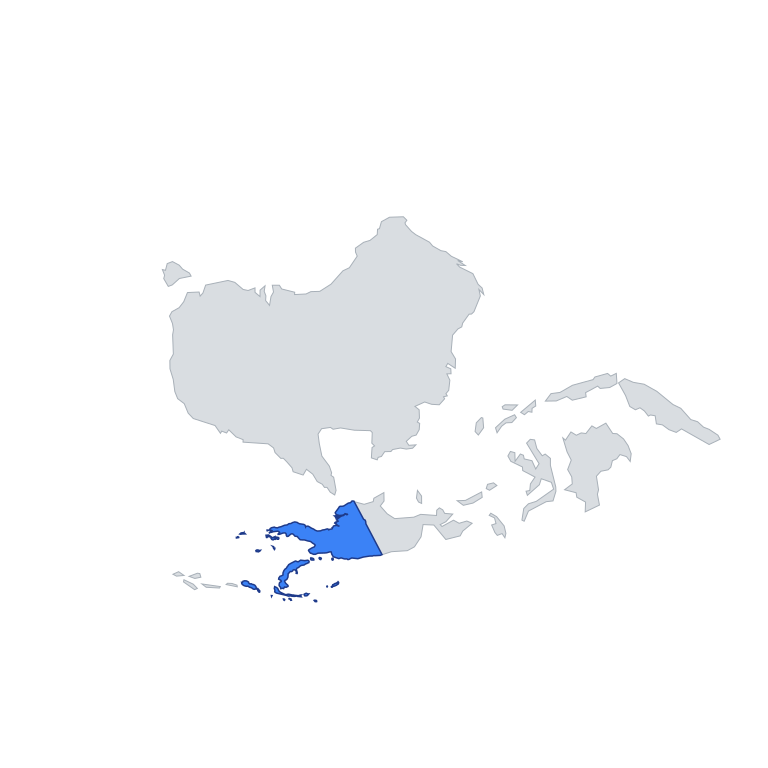 Papua New Guinea and the surrounding countries, rotated 153°
{"feature_id": "PNG", "entity_name": "Papua New Guinea", "entity_type": "country or territory", "adm_level": 0, "iso_a3": "PNG", "parent_name": "Oceania", "parent_adm1": "", "projection": "orthographic", "projection_center": [148.76, -6.492], "detail": "fine", "context": "with_neighbors", "style": "filled", "palette": "blue", "viewbox_px": 768, "rotation_deg": 153, "n_neighbors": 3, "source": "natural_earth", "source_scale": "50m", "svg_char_len": 11595}
<svg xmlns="http://www.w3.org/2000/svg" viewBox="0 0 768 768"><g transform="rotate(153 384 384)"><path d="M463.4,232.8L464.6,293.3L456.3,285.8L447.0,284.1L444.9,286.8L433.4,287.3L437.1,279.7L442.7,277.0L440.1,266.9L435.6,259.2L417.9,251.8L410.5,251.2L396.9,243.0L394.3,247.6L390.9,248.5L388.8,245.2L388.7,241.2L381.8,236.9L391.4,233.2L397.8,233.2L397.0,230.7L383.9,231.1L380.3,225.8L372.4,224.3L368.7,219.9L380.6,217.2L385.1,214.1L399.5,217.4L403.6,235.7L413.0,241.0L420.4,231.0L430.8,225.1L438.9,224.9L453.5,231.2L463.4,232.8ZM323.1,295.7L324.4,300.3L319.4,307.5L312.5,309.9L311.4,308.8L315.1,299.8L323.1,295.7ZM402.5,274.0L401.4,267.1L404.7,260.5L406.8,263.2L406.9,267.6L402.5,274.0ZM262.8,178.7L258.0,187.3L263.6,195.6L262.2,199.9L271.1,207.8L261.6,209.5L258.9,216.0L259.2,224.4L251.7,231.2L251.7,240.4L249.1,254.8L247.8,251.6L239.2,256.4L235.9,251.0L230.5,250.9L226.6,248.2L217.8,252.3L215.0,248.0L204.1,248.4L202.7,236.1L199.0,233.9L195.5,226.3L194.5,218.3L195.4,209.7L199.8,203.2L200.9,209.2L205.8,214.0L210.5,211.7L215.3,212.0L219.7,206.9L223.3,205.8L230.4,207.8L236.6,205.4L240.9,192.3L243.9,188.9L247.0,178.3L262.8,178.7ZM358.7,237.5L368.4,239.9L371.8,246.8L364.3,243.3L346.0,243.5L348.0,238.4L358.7,237.5ZM337.3,247.6L331.3,246.2L329.5,242.3L338.2,241.4L340.4,244.4L337.3,247.6ZM346.1,192.1L346.7,197.1L351.8,197.7L352.6,201.4L352.1,209.5L347.6,208.8L346.3,214.5L349.9,219.2L347.5,220.4L343.9,214.7L341.4,203.0L343.2,195.6L346.1,192.1ZM292.9,205.5L313.0,205.2L321.4,198.1L322.9,200.1L316.0,209.6L309.7,211.7L301.6,210.3L280.6,213.3L279.5,220.4L286.9,228.2L291.3,223.7L306.8,219.7L306.1,224.0L302.5,222.9L298.9,228.5L291.7,232.5L299.7,243.9L298.3,247.2L306.1,257.5L306.3,263.6L302.0,266.5L298.6,263.4L302.3,255.6L294.3,259.7L292.1,257.2L293.1,253.6L287.0,248.5L287.4,239.4L282.0,242.6L283.8,266.6L278.8,268.3L275.2,265.8L277.1,257.1L275.6,248.2L272.2,248.4L269.5,242.2L272.7,235.9L277.7,214.3L279.5,210.4L286.5,203.1L292.9,205.5ZM285.6,310.5L274.5,304.7L281.8,302.4L289.3,307.6L289.0,310.1L285.6,310.5ZM292.9,294.0L298.3,293.0L305.4,289.2L304.5,294.4L292.4,297.8L281.6,297.3L281.3,293.9L287.6,291.6L292.9,294.0ZM268.0,294.0L272.8,292.9L275.1,296.7L256.5,301.0L258.8,295.5L263.1,295.1L265.0,291.7L268.0,294.0ZM193.4,281.9L194.6,285.1L208.3,284.8L209.7,280.8L223.6,284.1L226.8,289.9L238.2,290.7L248.0,295.5L239.6,299.6L231.0,296.6L216.6,297.3L195.7,293.0L192.9,294.5L180.0,291.9L178.4,288.1L172.2,288.0L176.2,278.7L184.5,278.4L193.4,281.9ZM163.0,235.4L164.2,241.7L166.7,246.6L171.7,246.9L175.2,252.4L174.0,264.1L174.5,278.5L167.1,279.5L161.1,272.3L152.3,265.7L144.2,253.5L135.9,234.6L130.6,227.6L126.8,213.0L121.7,208.0L118.9,200.5L114.9,196.0L109.7,186.8L109.6,182.2L121.8,182.5L139.3,208.9L145.6,208.2L150.8,213.9L154.5,221.2L159.4,224.8L156.8,232.6L160.6,235.4L163.0,235.4Z" fill="#d9dde1" stroke="#a8b0b8" stroke-width="1"/><path d="M656.1,307.0L658.4,310.3L652.2,310.0L649.1,304.2L656.1,307.0ZM652.5,298.7L651.1,300.4L644.8,292.2L643.1,286.6L646.1,286.7L652.5,298.7ZM645.0,301.1L636.1,300.1L634.2,298.7L634.9,295.0L640.8,296.6L645.0,301.1ZM634.7,283.6L637.0,288.5L621.8,277.8L623.2,276.9L634.7,283.6ZM606.8,269.9L615.7,277.0L613.9,277.5L610.0,275.3L606.3,271.5L606.8,269.9Z" fill="#d9dde1" stroke="#a8b0b8" stroke-width="1"/><path d="M527.7,568.4L531.9,568.9L532.4,577.9L530.1,580.5L529.5,586.6L527.1,584.5L522.5,589.7L516.9,589.1L512.5,582.8L511.3,577.8L507.0,571.2L506.9,567.7L518.4,570.9L527.7,568.4ZM362.1,503.3L349.8,510.1L349.5,514.5L347.8,518.0L337.8,519.5L331.3,518.3L322.2,520.2L319.5,524.8L317.5,524.5L312.6,529.8L303.4,530.1L290.8,524.2L289.3,519.5L292.1,518.1L292.5,516.2L290.2,507.4L287.9,502.6L279.1,489.7L278.0,484.9L272.8,477.0L268.8,473.9L266.0,467.2L258.3,457.1L262.3,460.6L257.8,452.7L261.9,455.0L264.8,458.2L263.5,453.8L254.7,442.0L254.9,430.1L253.0,425.0L254.5,418.4L256.5,425.1L258.2,418.7L271.0,407.6L274.3,406.6L276.5,407.6L286.2,402.6L288.8,399.6L293.1,399.5L300.7,396.4L309.5,382.4L308.9,373.8L313.4,365.7L317.8,373.4L321.0,371.4L317.6,367.2L319.6,362.7L323.4,364.5L323.6,357.5L329.2,349.0L333.2,347.3L333.0,344.7L336.8,345.6L336.7,343.3L344.2,340.4L350.8,344.3L355.9,349.5L366.6,350.0L364.4,345.1L367.9,337.5L371.6,335.0L370.1,332.7L373.4,327.3L378.5,323.9L383.0,324.8L390.2,322.8L389.7,318.1L383.2,315.3L387.7,313.8L393.7,315.9L398.5,319.5L406.1,321.7L408.5,320.7L414.1,323.4L419.2,320.6L422.5,321.3L424.5,319.5L428.8,323.9L423.5,332.8L420.5,333.1L421.7,336.8L416.5,346.1L417.3,348.6L431.4,356.3L442.7,364.6L449.9,366.8L451.4,369.6L459.9,372.5L465.5,369.3L468.7,360.3L472.1,348.0L470.0,335.6L471.0,328.6L472.7,326.7L471.2,323.7L475.0,311.0L478.3,307.5L481.0,312.0L481.7,317.8L484.0,318.9L484.5,322.7L487.8,327.4L488.4,336.0L491.8,343.2L497.4,339.6L504.8,347.1L504.0,351.1L506.0,359.0L507.4,363.5L509.7,364.6L512.2,372.4L511.4,377.2L514.4,383.3L536.0,396.2L534.8,398.4L539.8,404.0L543.1,413.7L546.5,411.8L550.0,415.7L552.1,414.3L553.4,423.7L569.6,439.8L571.7,446.9L570.9,457.2L574.5,464.6L573.8,472.2L569.7,483.8L567.8,494.7L564.1,502.2L558.1,506.3L550.0,523.8L547.0,527.8L545.0,533.9L544.3,541.9L540.1,544.7L531.9,545.0L525.1,548.2L517.6,554.7L507.0,549.9L507.9,545.8L504.0,547.3L498.0,553.1L476.0,547.1L470.8,542.3L466.6,532.2L462.6,529.0L455.3,528.2L457.3,524.2L454.8,518.2L451.8,523.9L445.4,525.5L448.7,520.9L449.2,516.2L451.6,512.1L450.3,506.0L445.0,513.2L440.7,516.1L438.7,522.7L432.4,519.5L432.0,515.1L421.9,506.3L423.1,504.3L412.6,499.6L407.2,499.5L399.2,495.7L385.9,497.0L369.2,503.5L362.1,503.3Z" fill="#d9dde1" stroke="#a8b0b8" stroke-width="1"/><path d="M464.0,293.3L463.6,272.8L462.6,271.2L462.7,270.0L463.6,267.6L463.2,232.9L465.1,233.0L469.7,235.0L471.1,235.8L472.5,236.0L474.6,237.1L481.0,239.2L486.6,240.2L491.7,243.6L493.4,243.7L494.6,243.6L495.5,243.8L496.0,244.1L496.2,244.6L496.9,245.3L498.0,245.7L498.9,246.3L501.2,248.6L503.5,248.9L507.5,253.0L507.7,253.6L507.8,256.2L507.3,258.3L508.3,259.0L511.6,259.6L513.4,260.3L519.3,263.1L520.1,263.3L522.4,263.4L524.2,264.3L525.7,266.2L526.4,266.7L526.8,268.9L526.8,270.0L526.4,270.3L525.5,270.5L522.2,270.7L520.1,270.5L518.5,271.6L518.6,272.5L519.9,274.7L520.7,276.6L521.4,277.4L523.2,278.8L525.7,281.2L527.6,282.2L529.4,283.3L530.1,285.5L530.5,287.5L532.4,288.8L533.0,291.1L533.6,292.1L534.5,292.5L535.5,292.5L538.3,291.8L539.2,292.0L539.7,292.3L539.8,293.3L539.4,294.4L539.3,295.4L539.8,296.3L541.8,297.1L545.3,297.5L546.6,298.1L546.4,298.5L544.4,299.1L544.4,299.7L545.4,301.1L549.9,302.7L551.5,302.9L552.6,303.4L554.3,303.2L552.3,304.1L550.6,303.8L550.3,304.1L551.0,304.9L552.4,305.8L552.2,306.1L550.9,306.9L549.4,307.0L546.7,306.3L546.0,305.4L544.3,304.2L542.4,304.1L540.6,303.6L536.8,303.3L534.2,302.4L532.2,302.7L530.7,302.1L529.6,301.9L528.7,302.1L526.1,301.6L524.2,300.1L523.6,299.0L522.8,297.9L519.2,295.3L518.4,294.0L518.7,292.2L518.3,292.5L517.7,292.5L516.3,291.9L515.7,291.2L514.0,288.4L512.6,286.7L511.5,284.7L510.1,283.2L507.3,282.0L504.9,281.8L503.3,281.2L500.4,280.7L499.6,280.0L499.4,279.1L498.5,279.2L496.1,278.5L495.6,278.8L495.4,279.6L494.7,279.5L493.5,280.4L492.8,280.3L490.5,279.6L488.9,277.9L488.2,277.6L489.1,278.4L490.9,282.1L490.0,282.1L490.4,282.8L489.9,282.9L487.4,282.5L487.1,282.6L488.0,284.5L483.2,285.6L481.5,285.6L479.7,285.2L478.0,285.7L477.3,285.7L476.4,284.3L475.1,284.6L476.2,284.6L476.8,285.6L477.6,286.2L478.5,285.8L480.5,285.9L483.4,287.1L485.2,288.8L485.9,289.7L486.0,291.1L485.8,291.6L481.2,293.9L479.3,295.0L478.3,294.8L477.0,294.1L475.4,293.6L469.9,294.1L467.9,293.5L466.9,293.7L466.2,294.2L465.5,294.2L464.0,293.3ZM563.5,247.3L564.9,248.3L566.3,247.3L567.0,248.0L568.9,248.5L568.5,249.9L568.9,251.2L568.9,252.1L568.4,253.0L567.5,254.2L566.7,254.6L565.3,254.6L565.0,255.3L565.1,256.0L566.5,257.9L565.8,258.9L563.9,259.9L562.3,259.6L560.7,259.7L559.8,261.5L558.0,263.1L556.3,264.0L555.1,264.1L554.1,264.5L553.2,265.2L552.1,265.6L551.0,266.3L548.4,266.5L543.4,266.5L542.9,266.2L541.9,265.0L540.9,264.5L538.3,264.9L534.8,262.6L531.9,261.6L531.3,260.7L531.4,259.6L532.2,258.9L533.4,259.2L534.3,259.0L535.4,259.3L537.4,259.0L539.7,259.8L540.7,259.9L541.8,259.8L543.3,259.3L545.1,259.4L546.3,258.7L546.8,255.8L547.1,254.9L547.5,254.6L548.2,255.2L547.4,256.3L547.3,257.4L547.6,258.5L548.4,259.4L549.4,259.5L550.4,258.9L551.5,258.8L552.4,259.4L553.4,259.3L553.9,258.9L555.0,258.7L555.5,258.5L557.2,255.6L558.9,254.2L560.0,253.9L561.2,254.0L562.1,253.5L562.1,251.2L561.0,248.1L561.4,247.2L563.5,247.3ZM601.4,270.7L601.0,271.7L600.8,271.3L600.0,271.6L599.2,272.3L597.4,271.9L595.8,270.9L594.6,269.1L594.8,268.0L594.5,267.0L592.8,266.1L592.2,265.1L591.5,264.7L590.5,263.5L590.1,261.8L590.4,259.9L590.3,259.0L591.6,259.7L592.7,259.9L593.6,260.6L594.6,262.6L596.1,264.0L597.0,265.6L598.6,266.3L600.2,267.8L601.2,269.5L601.4,270.7ZM574.6,251.6L573.4,253.1L572.0,251.3L571.5,250.0L571.6,248.0L571.4,246.6L570.7,245.3L567.8,241.5L567.0,240.8L565.0,240.3L564.1,239.8L561.3,237.5L560.3,237.0L559.7,236.4L556.6,234.4L555.7,234.0L554.6,234.0L553.6,233.6L554.4,233.3L554.5,232.7L554.4,232.0L557.6,234.1L558.1,234.8L558.9,234.9L560.4,235.5L562.4,236.7L563.4,237.6L565.5,238.4L566.9,239.9L574.6,246.4L575.6,247.8L575.6,248.7L574.8,249.8L574.6,251.6ZM519.5,226.4L522.6,226.9L522.8,226.9L522.8,226.7L523.0,226.8L522.9,227.3L522.0,227.3L520.8,228.4L520.2,228.3L518.2,228.5L516.5,228.1L516.1,228.4L515.5,228.3L514.7,228.7L514.5,227.9L515.2,227.7L515.1,226.9L515.7,226.5L516.6,226.5L517.5,226.3L519.5,226.4ZM551.4,294.9L552.7,295.7L553.4,295.4L553.8,295.6L554.6,296.5L554.7,297.9L554.3,298.2L554.3,297.8L554.0,297.8L550.5,297.5L551.2,296.7L550.5,295.7L550.6,295.0L551.4,294.9ZM550.7,232.9L548.9,233.0L548.2,232.8L547.1,231.5L546.3,231.1L547.7,230.5L548.8,230.3L550.7,231.1L550.9,231.7L550.7,232.9ZM556.4,301.2L556.8,301.2L557.5,300.5L558.0,300.3L558.4,300.6L557.8,302.8L555.3,301.8L555.2,301.0L554.7,300.7L553.8,298.9L553.6,298.3L554.4,299.1L556.2,300.4L556.1,300.8L556.4,301.2ZM570.7,291.4L572.3,291.5L572.7,292.0L573.6,292.5L574.0,292.8L573.7,293.4L573.7,293.8L572.8,293.9L571.5,293.3L571.4,293.0L570.7,292.3L569.6,291.9L570.7,291.4ZM578.6,314.8L580.1,315.3L580.6,315.8L578.8,316.2L578.4,315.9L577.2,315.6L577.0,315.0L576.4,315.2L576.7,314.8L575.9,314.3L575.6,313.4L578.6,314.8ZM528.4,262.2L528.0,262.3L527.9,261.8L527.0,261.5L526.1,260.4L526.3,259.1L526.7,259.1L528.7,260.2L528.9,260.6L528.7,261.6L528.4,262.2ZM549.9,295.4L549.6,296.5L549.1,296.3L547.6,295.0L547.8,294.1L548.5,293.6L549.5,294.1L549.9,295.4ZM590.0,258.4L589.3,258.9L589.0,257.7L588.6,255.9L589.4,255.0L589.9,255.3L589.9,256.2L590.3,256.9L590.0,258.4ZM520.6,258.6L520.0,258.6L519.0,257.4L519.1,256.9L520.1,256.3L520.8,256.9L521.0,258.1L520.6,258.6ZM544.2,221.4L544.5,222.9L543.7,222.8L542.5,221.8L542.5,221.2L542.8,220.7L543.3,220.8L544.2,221.4ZM509.8,252.0L509.2,252.3L508.8,252.1L508.6,251.5L508.7,250.9L509.6,250.3L510.0,250.6L510.1,251.2L509.8,252.0ZM556.7,289.2L556.9,289.9L556.2,289.2L556.5,287.7L555.8,287.3L556.2,286.6L556.8,286.3L556.8,287.3L557.0,287.7L556.7,289.2ZM487.8,288.5L488.0,288.9L486.6,288.4L484.7,287.2L484.3,286.6L486.4,287.5L487.8,288.5ZM487.7,287.1L487.3,287.1L485.7,286.5L485.3,286.1L487.7,286.2L487.7,287.1ZM585.4,313.8L585.2,314.3L584.9,314.1L583.9,314.4L583.4,314.3L583.1,313.7L583.9,313.8L583.8,313.3L585.4,313.8ZM571.4,237.3L571.2,238.1L570.6,237.7L570.3,237.0L570.5,236.7L571.1,236.5L571.4,237.3ZM566.2,235.6L566.0,236.0L565.8,236.0L564.8,234.9L565.0,234.6L566.2,235.6ZM554.7,306.2L554.6,306.9L553.7,306.6L553.8,306.1L554.7,306.2ZM565.3,234.3L564.6,234.5L564.7,233.4L565.3,233.6L565.3,234.3ZM527.0,229.3L526.7,229.8L525.7,229.6L526.2,229.5L526.6,229.0L527.0,229.3ZM580.6,245.8L580.4,246.6L579.9,246.3L580.6,245.8Z" fill="#3b82f6" stroke="#1e3a8a" stroke-width="1.5"/></g></svg>